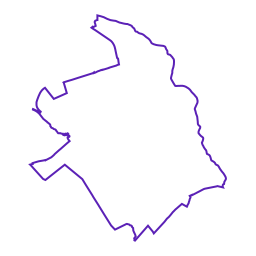 Berceni, Prahova, Romania (orthographic projection)
{"feature_id": "2599482B99394014365775", "entity_name": "Berceni", "entity_type": "district", "adm_level": 2, "iso_a3": "ROU", "parent_name": "Romania", "parent_adm1": "Prahova", "projection": "orthographic", "projection_center": [26.101, 44.92], "detail": "fine", "context": "isolated", "style": "outline", "palette": "violet", "viewbox_px": 256, "rotation_deg": 0, "n_neighbors": 0, "source": "geoboundaries", "source_scale": "gbopen_adm2", "svg_char_len": 5591}
<svg xmlns="http://www.w3.org/2000/svg" viewBox="0 0 256 256"><path d="M223.0,187.4L222.8,187.0L222.7,186.1L222.7,185.5L222.8,185.0L223.1,184.5L223.4,184.2L224.0,184.1L224.1,183.8L224.3,182.0L224.7,181.2L225.5,179.9L225.8,179.3L225.9,178.8L225.9,178.2L225.7,177.4L225.5,176.8L225.0,175.9L224.3,174.7L223.4,173.3L222.7,172.5L221.7,171.3L220.0,168.9L219.1,167.3L218.8,166.7L218.3,166.0L217.8,165.4L217.2,165.1L216.3,164.8L216.0,164.5L215.5,164.1L215.2,163.4L215.0,163.0L214.6,162.5L213.9,161.9L212.8,161.2L211.5,160.5L211.3,160.2L211.1,159.6L210.9,158.9L210.5,157.4L210.1,156.3L209.9,155.9L209.6,155.4L209.0,154.9L208.1,154.4L207.4,154.1L207.0,153.9L206.9,153.6L206.7,153.0L206.5,151.7L206.3,150.9L206.1,150.3L205.3,149.4L204.2,147.8L203.8,147.2L203.5,146.4L202.6,144.9L202.2,143.8L201.9,142.8L202.0,142.3L202.4,141.8L203.0,139.9L203.2,138.9L203.2,138.1L203.0,137.6L202.2,136.9L201.0,136.0L200.1,135.1L199.3,134.1L198.7,133.4L198.5,132.9L198.6,131.4L199.1,130.1L199.6,129.0L200.0,128.3L200.2,127.8L200.2,127.2L200.2,126.7L199.8,126.2L199.3,125.8L198.7,125.3L198.4,124.9L198.0,124.3L197.8,123.1L197.8,122.1L197.2,116.7L196.0,113.5L195.5,111.3L194.9,109.5L194.8,109.2L194.8,108.7L195.0,108.1L196.7,104.3L197.3,103.1L197.5,102.3L197.6,101.0L197.4,100.0L197.0,98.4L196.7,97.7L196.4,97.2L195.8,96.6L195.3,96.0L194.7,95.2L194.0,94.4L192.4,92.8L191.7,92.1L190.2,90.0L189.4,89.2L188.5,88.4L185.9,86.8L184.4,86.2L182.5,85.8L181.2,85.8L177.7,85.9L176.0,86.0L175.3,85.9L175.0,85.6L174.4,84.6L173.7,83.5L171.5,79.7L171.1,78.8L171.0,78.5L171.0,77.9L171.5,75.7L171.6,75.3L172.0,73.9L172.2,73.3L172.3,72.8L172.3,71.8L172.3,70.9L172.7,69.2L173.3,67.4L173.5,66.5L173.9,64.3L173.9,63.8L174.0,62.2L174.0,60.9L173.9,60.1L173.8,59.5L173.5,58.9L172.8,58.0L172.3,57.2L170.3,55.0L169.7,54.7L168.6,54.4L168.2,54.3L167.8,54.0L167.5,53.4L167.4,52.8L167.4,51.5L167.3,50.9L167.1,50.5L166.2,49.2L165.9,48.5L165.7,47.9L165.2,46.8L164.8,46.5L163.5,45.9L158.2,45.3L156.3,45.0L153.6,44.2L152.2,43.5L151.6,43.1L151.4,42.8L150.9,41.9L150.7,41.4L149.5,39.7L148.5,38.7L146.0,36.9L144.4,35.5L143.5,34.8L142.8,34.4L141.5,33.8L140.4,33.6L138.9,33.1L137.9,32.4L137.3,31.8L136.7,31.7L136.2,31.7L135.7,31.4L135.3,31.0L135.1,30.7L134.9,30.1L134.7,29.7L134.2,28.5L132.6,27.2L131.7,25.9L130.4,25.2L129.1,24.7L127.4,24.0L126.3,24.0L123.9,23.6L121.5,23.0L119.4,22.5L117.3,21.6L115.7,20.9L113.4,20.6L110.4,20.1L107.0,18.8L103.8,17.2L100.6,16.2L97.4,15.4L97.4,20.0L97.1,20.0L95.4,20.7L95.4,20.8L94.9,21.3L94.8,21.6L94.7,21.8L94.7,22.2L94.8,22.6L95.4,24.5L95.7,25.9L92.9,27.3L92.6,26.8L91.5,27.7L93.4,29.0L95.2,30.1L109.9,40.1L111.2,41.1L112.0,42.0L112.9,43.2L113.8,44.8L114.1,45.4L114.6,46.7L115.2,49.0L115.6,51.0L116.2,53.8L117.1,57.9L117.2,58.0L117.5,58.4L118.0,58.5L118.2,59.2L118.2,59.7L118.4,60.7L118.4,61.0L118.8,63.6L119.0,64.5L118.0,64.8L117.1,65.1L116.5,65.5L110.1,67.4L108.7,67.9L108.7,68.0L102.5,69.9L102.5,69.7L100.9,70.1L100.1,70.5L98.5,71.1L98.3,71.1L97.4,71.5L95.5,72.5L93.8,73.1L93.8,72.5L92.8,73.2L78.2,77.8L72.0,79.8L68.2,80.9L64.7,82.0L63.9,82.2L63.6,82.4L63.7,82.5L66.8,93.1L59.9,96.2L53.8,98.9L45.0,87.8L43.6,88.7L42.1,90.1L41.6,90.7L40.6,92.1L40.1,92.9L39.5,94.2L38.6,96.2L37.3,99.6L36.6,101.8L36.5,102.4L36.5,103.2L36.5,105.1L36.7,106.1L37.0,107.2L37.5,108.1L38.3,109.3L39.1,110.2L40.0,111.1L40.7,111.6L40.4,112.3L35.1,110.0L33.0,109.0L32.9,109.2L32.9,109.6L35.0,110.5L36.7,111.5L37.7,112.3L39.0,113.4L39.9,114.5L42.7,118.1L43.3,118.9L47.2,122.0L47.5,122.5L48.0,122.7L48.7,123.3L50.1,124.5L50.3,125.2L50.3,125.6L50.3,126.0L50.4,126.3L50.9,126.7L51.0,127.2L51.2,127.5L51.4,127.7L51.8,127.9L52.8,128.2L53.0,128.4L53.7,129.0L54.1,129.1L55.3,129.5L55.7,129.8L55.9,130.0L56.0,130.4L56.1,130.6L56.5,131.0L57.1,131.7L57.7,132.7L58.2,133.2L58.4,133.2L59.4,133.3L59.9,133.1L60.1,133.1L60.4,133.3L61.0,133.5L61.5,133.7L61.8,133.6L62.1,133.7L62.6,133.8L62.8,133.9L63.0,134.3L63.0,134.6L63.2,134.9L63.4,135.0L63.5,134.9L63.8,134.8L64.1,134.9L64.3,135.1L64.5,135.2L64.7,134.8L64.7,134.7L64.8,134.8L64.9,135.0L65.5,135.1L65.7,134.9L65.7,134.5L65.5,133.9L65.6,133.7L65.8,133.7L65.9,133.8L65.9,134.4L66.4,134.8L66.6,135.0L66.8,135.1L67.0,134.9L67.4,134.7L67.5,134.3L67.7,134.1L67.7,133.9L67.4,133.6L67.4,133.4L67.5,133.3L67.8,133.4L68.3,134.0L68.1,134.4L68.1,134.7L68.2,134.9L68.2,135.1L68.4,135.3L69.1,135.7L69.4,136.1L69.5,136.2L69.4,136.6L69.3,136.8L69.1,136.9L68.5,137.0L68.1,137.0L67.8,137.1L67.6,137.4L67.6,137.8L67.8,138.5L68.4,139.6L69.1,140.5L69.6,141.1L67.1,143.2L65.4,144.7L60.3,149.2L59.4,149.9L54.9,153.9L54.6,154.2L54.2,154.7L53.6,155.3L51.3,157.3L45.5,160.3L45.4,160.0L43.3,160.5L38.7,161.3L36.9,161.8L32.6,163.1L32.8,163.9L30.1,164.6L31.4,165.9L33.4,168.2L35.3,170.3L42.7,178.5L43.2,179.0L45.4,180.0L58.8,169.4L64.8,164.7L78.4,175.9L82.3,179.1L85.7,184.7L92.4,195.4L93.3,197.0L95.2,200.0L98.5,205.2L98.9,205.9L104.4,214.8L111.1,225.5L115.0,229.6L125.2,224.6L126.2,224.1L126.9,223.9L129.4,224.6L130.0,225.3L131.1,225.5L132.0,226.3L132.1,227.1L133.1,228.0L133.3,230.5L134.0,232.2L135.2,234.7L135.7,236.4L134.2,238.3L134.5,239.3L134.4,240.3L135.0,240.6L148.0,225.7L151.8,230.4L152.8,231.6L153.0,232.0L153.2,232.3L153.8,233.4L164.4,221.9L165.2,220.9L166.9,218.7L169.0,216.8L170.7,214.8L173.0,211.9L173.3,211.7L175.3,209.6L181.9,203.9L186.9,206.7L187.3,205.9L187.4,205.3L188.3,203.8L188.7,203.0L188.9,201.9L189.3,200.9L189.5,200.4L189.5,200.0L189.6,199.6L189.9,198.7L190.4,197.7L190.5,197.3L190.4,197.0L190.4,196.9L190.1,196.4L189.8,196.1L189.7,195.9L192.1,194.8L192.2,195.1L192.4,195.0L200.1,191.0L201.8,190.1L203.7,189.1L204.9,188.7L216.5,186.4L217.4,186.1L223.0,187.4Z" fill="none" stroke="#5b21b6" stroke-width="2"/></svg>